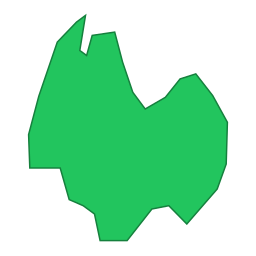 Debrecen, Mercator projection
{"feature_id": "HUN-4924", "entity_name": "Debrecen", "entity_type": "Urban county", "adm_level": 1, "iso_a3": "HUN", "parent_name": "Hungary", "parent_adm1": "", "projection": "mercator", "projection_center": [21.625, 47.561], "detail": "fine", "context": "isolated", "style": "filled", "palette": "green", "viewbox_px": 256, "rotation_deg": 0, "n_neighbors": 0, "source": "natural_earth", "source_scale": "10m", "svg_char_len": 463}
<svg xmlns="http://www.w3.org/2000/svg" viewBox="0 0 256 256"><path d="M85.5,15.4L79.8,50.5L86.6,55.5L92.2,35.4L114.7,32.1L122.6,62.2L132.8,92.3L145.2,109.0L165.4,97.3L180.1,78.9L195.8,73.9L212.7,95.6L227.4,122.3L226.2,164.0L217.2,189.0L186.8,224.0L168.8,205.7L151.9,209.0L127.1,240.6L100.1,240.6L94.5,214.0L83.2,205.7L69.2,199.6L60.2,168.0L29.8,168.0L28.6,134.6L38.8,96.2L57.3,42.1L76.5,22.1L85.5,15.4Z" fill="#22c55e" stroke="#15803d" stroke-width="1.5"/></svg>